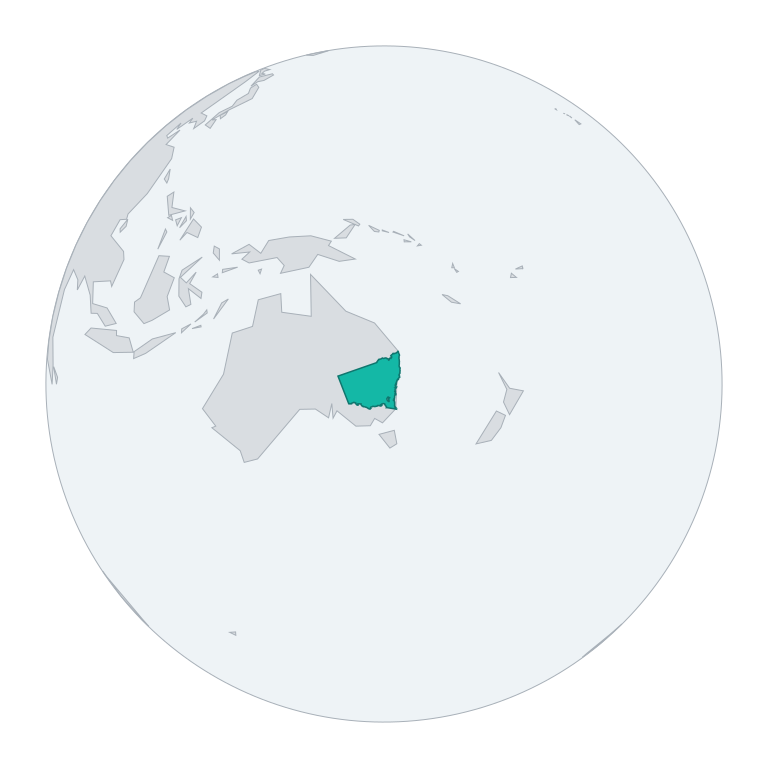 New South Wales on an orthographic globe, rotated 343°
{"feature_id": "AUS-2654", "entity_name": "New South Wales", "entity_type": "State", "adm_level": 1, "iso_a3": "AUS", "parent_name": "Australia", "parent_adm1": "", "projection": "orthographic", "projection_center": [149.115, -32.83], "detail": "fine", "context": "on_globe", "style": "filled", "palette": "teal", "viewbox_px": 768, "rotation_deg": 343, "n_neighbors": 0, "source": "natural_earth", "source_scale": "10m", "svg_char_len": 10256}
<svg xmlns="http://www.w3.org/2000/svg" viewBox="0 0 768 768"><g transform="rotate(343 384 384)"><circle cx="384" cy="384" r="338" fill="#eef3f6" stroke="#a8b0b8"/><path d="M550.7,311.5L550.7,314.0L550.3,314.2L550.7,311.5ZM516.3,694.9L509.0,697.9L512.9,696.2L514.9,695.2L512.5,695.9L527.8,689.1L541.0,683.2L541.4,683.0L516.3,694.9ZM646.5,193.0L643.7,187.1L648.3,192.8L646.5,193.0ZM640.1,182.3L641.5,184.6L639.9,182.4L640.1,182.3ZM637.7,180.0L639.4,181.7L637.6,180.3L637.7,180.0ZM634.6,177.5L636.2,178.6L634.6,177.5ZM629.1,172.2L627.7,170.7L628.9,171.1L629.1,172.2ZM499.6,700.7L525.2,690.2L512.0,696.0L509.5,697.6L493.7,703.3L499.6,700.7ZM427.9,48.9L427.8,49.1L412.4,49.1L405.9,46.8L406.6,46.8L427.9,48.9ZM348.3,48.0L336.8,49.5L352.3,47.9L356.1,48.4L339.9,54.4L288.4,71.4L293.0,75.8L289.3,79.9L276.7,84.1L281.6,77.9L274.1,77.5L278.9,73.9L260.3,79.9L266.2,75.1L248.9,82.9L249.0,85.6L263.2,81.5L245.6,91.3L252.5,96.2L246.8,106.4L213.3,132.7L188.9,146.6L186.0,151.2L179.7,149.7L166.2,162.4L173.7,181.1L171.7,189.0L152.1,211.1L152.6,205.4L135.9,201.3L128.9,221.9L141.4,230.3L145.6,247.8L134.3,247.2L130.5,232.7L124.6,230.7L129.0,213.1L129.4,193.3L118.2,204.4L121.7,194.9L120.6,183.9L106.0,200.3L81.0,242.5L73.1,269.1L66.5,287.3L69.4,261.9L75.9,245.3L87.0,222.7L99.9,201.1L114.2,180.5L130.1,161.0L147.4,142.7L166.0,125.8L185.8,110.3L206.7,96.3L228.6,83.9L251.3,73.2L274.8,64.2L298.9,57.0L323.5,51.5L348.3,48.0ZM163.9,576.4L169.6,577.7L168.8,581.0L163.9,576.4ZM60.2,480.5L61.6,485.1L84.3,538.3L88.3,547.1L83.9,539.4L70.7,510.5L60.2,480.5ZM216.6,274.9L226.0,274.3L225.8,275.9L216.6,274.9ZM206.7,272.1L217.0,270.1L205.3,275.8L206.7,272.1ZM221.1,269.4L231.7,264.5L236.2,261.3L235.7,264.4L221.1,269.4ZM199.9,274.0L165.1,285.0L152.0,286.5L154.5,280.0L175.6,273.2L199.9,274.0ZM153.5,280.3L134.3,274.8L112.5,249.2L120.2,244.8L143.9,254.6L142.3,259.5L153.8,265.4L153.5,280.3ZM202.2,237.0L200.6,250.5L180.8,255.3L172.1,256.1L166.1,241.9L169.4,232.7L176.3,230.4L206.3,195.5L216.1,199.2L206.2,212.5L214.5,221.1L202.2,237.0ZM73.2,270.8L73.8,282.2L70.7,288.5L73.2,270.8ZM220.8,175.1L207.1,188.9L220.3,171.9L220.8,175.1ZM230.0,160.6L229.7,165.7L225.7,161.7L230.0,160.6ZM183.5,157.8L176.1,161.7L177.0,158.4L187.2,151.5L183.5,157.8ZM242.4,115.9L238.0,124.8L235.1,128.3L233.8,123.7L242.4,115.9ZM483.6,442.7L491.0,449.5L483.0,460.0L470.2,469.3L454.5,468.2L483.6,442.7ZM370.9,447.0L364.5,430.7L380.3,431.3L378.8,444.9L370.9,447.0ZM493.0,436.2L499.9,425.1L496.9,406.5L502.9,424.8L515.3,431.3L495.1,450.0L493.0,436.2ZM296.0,383.6L241.2,418.7L227.4,418.1L227.0,405.8L206.6,375.5L210.8,375.1L203.2,354.5L233.4,327.7L253.8,290.9L275.1,290.5L288.4,266.7L311.7,267.4L307.2,285.5L334.2,298.0L345.8,257.7L368.8,303.2L392.8,322.9L407.2,356.7L388.1,411.1L371.2,420.7L365.0,414.2L358.7,419.9L344.8,416.1L331.2,395.9L325.3,401.8L328.4,387.4L321.1,400.1L311.1,387.9L296.0,383.6ZM465.7,315.4L470.8,318.2L480.7,329.7L472.4,325.5L465.7,315.4ZM538.2,315.3L541.8,320.8L536.1,319.2L538.2,315.3ZM550.3,314.2L543.3,312.5L550.7,311.5L550.3,314.2ZM485.0,294.3L488.1,298.1L486.2,298.5L485.0,294.3ZM482.8,292.6L484.9,288.8L485.3,293.5L482.8,292.6ZM456.3,261.7L458.8,260.1L460.3,262.2L456.3,261.7ZM240.0,272.0L252.5,259.0L260.0,257.2L240.0,272.0ZM451.7,256.0L444.9,254.0L445.3,251.9L451.7,256.0ZM451.5,250.8L450.5,247.4L455.6,255.9L451.5,250.8ZM437.8,240.8L446.6,248.2L437.0,241.3L437.8,240.8ZM433.1,240.6L427.1,237.0L427.4,236.2L433.1,240.6ZM371.4,235.4L393.1,256.1L377.0,253.6L358.5,240.7L346.3,250.4L317.4,247.9L323.2,241.5L318.7,231.8L290.4,228.8L284.6,223.1L294.2,218.5L276.3,215.0L295.8,211.0L304.4,223.0L315.7,213.1L336.4,215.7L357.4,220.9L375.4,232.0L371.4,235.4ZM297.0,238.4L300.5,238.3L297.7,242.3L297.0,238.4ZM415.7,227.8L424.4,235.7L423.5,237.1L419.4,235.3L415.7,227.8ZM379.3,230.2L398.2,222.1L403.0,223.0L390.6,233.2L379.3,230.2ZM393.1,214.7L402.4,217.4L407.6,224.1L405.8,225.4L393.1,214.7ZM257.0,230.0L256.4,233.6L251.5,231.5L257.0,230.0ZM263.2,227.2L278.2,229.5L261.9,230.3L263.2,227.2ZM220.5,222.5L224.5,229.5L237.1,222.1L227.5,231.2L236.7,243.0L234.0,248.7L224.8,235.6L222.6,251.4L217.1,252.3L213.5,240.0L218.7,223.5L224.2,216.1L247.3,209.5L220.5,222.5ZM262.8,217.5L259.0,208.8L262.0,202.5L266.1,206.7L262.8,217.5ZM248.7,189.5L239.9,181.5L230.8,186.8L250.1,170.5L255.3,180.6L248.7,189.5ZM242.8,170.1L234.2,174.8L243.7,165.9L242.8,170.1ZM232.5,172.2L232.7,166.1L238.9,165.7L232.5,172.2ZM247.0,169.7L250.4,158.9L252.6,164.5L247.0,169.7ZM232.8,153.2L244.4,160.3L227.5,159.7L231.6,141.1L239.2,139.0L232.8,153.2ZM305.1,82.5L305.9,79.2L314.1,77.8L311.2,80.4L305.1,82.5ZM341.4,72.5L316.5,76.5L296.7,81.2L300.7,82.1L292.5,88.7L288.8,84.0L305.8,76.3L320.1,74.0L326.3,69.6L339.3,66.5L342.8,62.0L349.8,60.1L351.0,63.7L341.4,72.5ZM343.8,60.3L354.6,54.0L368.0,54.7L368.7,56.2L358.0,58.6L351.6,58.0L343.8,60.3ZM361.1,52.9L355.0,52.6L357.9,47.8L361.9,47.2L366.7,49.9L361.2,49.9L358.1,51.3L361.1,52.9Z" fill="#d9dde1" stroke="#a8b0b8" stroke-width="1"/><path d="M406.8,356.9L406.9,357.1L407.1,357.1L407.2,357.6L407.0,359.0L407.1,359.5L407.3,359.9L407.3,360.3L407.2,360.5L407.2,361.1L406.5,361.9L406.3,362.4L406.3,362.8L406.1,362.9L405.8,363.5L405.7,363.8L405.8,364.2L405.8,364.4L405.8,364.6L405.6,365.2L405.5,366.0L405.3,366.4L405.4,366.7L405.3,366.9L405.2,367.4L404.9,367.9L404.8,368.5L404.5,369.2L404.5,369.4L404.4,369.6L403.9,370.6L403.6,372.0L403.7,372.6L403.8,372.9L403.9,373.0L404.0,372.9L404.1,373.2L403.9,373.5L403.8,373.8L403.9,374.0L403.5,374.5L403.4,375.0L403.4,375.5L403.1,375.9L403.1,376.0L403.2,376.3L402.7,376.9L402.7,377.1L402.7,377.3L402.4,377.7L402.5,377.9L402.2,378.2L402.1,378.4L402.2,378.5L401.5,379.1L401.1,379.6L401.2,379.8L401.0,380.0L400.9,380.3L401.2,380.7L401.0,381.0L401.1,381.3L400.9,381.8L401.0,382.0L400.3,382.2L399.8,382.6L399.8,382.8L399.5,382.9L399.3,383.2L399.2,383.3L399.4,383.4L399.0,383.2L398.6,383.4L398.8,383.6L399.3,383.6L399.2,383.8L398.8,384.0L398.6,383.9L398.2,384.0L397.7,384.3L397.3,384.5L397.0,385.0L397.0,385.3L396.6,385.5L396.4,386.3L396.1,386.6L396.1,386.9L395.8,387.1L396.0,386.8L395.8,386.7L395.5,386.9L395.6,387.1L395.6,387.3L395.7,387.1L395.8,387.3L395.5,387.7L395.5,388.0L395.4,388.0L395.0,388.3L394.7,388.4L394.5,388.2L394.4,388.3L394.4,388.5L394.5,388.5L394.4,388.7L394.5,388.7L394.8,388.5L394.7,388.9L394.9,388.6L394.9,388.8L394.8,389.2L394.7,389.4L394.8,389.5L394.7,390.0L394.4,390.2L394.5,390.3L394.6,390.2L394.6,390.6L394.4,391.0L394.2,390.8L394.0,391.0L393.7,391.0L393.9,391.2L394.0,391.1L394.3,391.1L394.0,391.3L393.9,391.5L394.1,391.5L393.3,392.2L393.0,392.5L392.8,392.9L392.8,393.1L392.7,393.6L392.8,393.8L392.5,394.2L392.4,394.0L392.2,394.2L392.7,394.5L392.3,395.6L392.1,395.7L391.9,396.0L392.0,396.3L391.9,396.4L392.1,396.5L392.0,396.8L392.4,397.0L392.3,397.3L392.2,397.5L392.0,397.3L392.1,397.2L392.1,396.9L391.6,397.0L391.5,397.3L391.7,397.6L391.3,397.7L391.2,398.0L390.9,398.1L390.9,398.3L390.7,398.5L390.6,398.8L390.6,399.0L390.2,399.6L390.2,400.1L389.6,401.1L389.3,401.0L389.2,401.1L389.3,401.2L389.4,401.7L389.1,401.9L388.9,402.1L389.0,402.5L388.9,403.1L388.7,403.0L388.9,403.4L388.8,403.7L388.9,404.2L388.9,404.3L388.9,404.6L388.5,405.1L388.6,405.4L388.5,405.7L388.5,406.0L388.2,406.7L388.1,407.2L387.8,407.6L387.7,408.0L387.9,408.3L387.8,408.6L387.9,409.0L387.6,409.2L387.7,409.3L387.9,409.3L388.2,409.5L388.2,409.9L388.4,410.2L388.1,410.1L387.9,410.3L388.0,410.6L387.9,411.0L388.1,411.5L379.8,407.4L379.3,407.3L379.7,406.7L379.7,406.3L379.7,406.2L379.4,406.0L379.4,405.7L379.3,405.4L379.0,405.1L379.1,404.7L378.8,404.1L378.9,403.7L378.6,403.4L378.7,403.1L378.4,403.0L378.3,402.8L377.3,402.4L376.6,402.7L376.4,402.5L376.2,402.4L375.9,402.5L375.7,402.6L375.6,402.8L375.5,403.2L375.4,403.1L374.8,403.2L374.6,403.0L374.3,403.4L374.4,403.8L374.5,403.9L374.9,404.1L374.5,404.2L374.1,403.8L374.1,403.4L373.9,403.3L373.7,403.5L373.3,403.3L373.2,403.4L373.0,403.2L372.8,403.2L372.4,403.1L372.1,402.8L371.7,402.8L371.5,402.7L371.4,402.8L371.2,402.8L370.9,403.2L370.3,403.1L370.2,403.1L369.4,403.0L369.1,403.0L368.9,402.7L368.1,402.8L367.9,402.7L367.1,402.1L366.7,402.0L366.1,402.3L365.9,402.3L365.4,402.2L364.4,402.3L364.2,402.5L364.2,402.8L364.1,403.1L364.3,403.4L364.3,403.5L363.9,403.5L363.5,403.9L363.2,403.9L362.9,403.6L362.5,403.5L362.0,402.9L361.8,402.9L361.6,402.7L361.2,401.9L360.9,401.7L360.5,401.4L360.4,401.3L360.0,400.8L359.5,400.7L359.4,400.5L359.0,400.3L358.4,399.9L357.8,399.8L357.4,399.6L357.4,399.4L357.5,399.3L357.4,399.0L357.2,398.8L356.8,398.8L356.6,398.6L356.3,398.2L356.1,397.3L356.1,397.1L356.1,396.9L356.2,396.4L355.8,396.4L355.7,396.1L355.1,395.8L354.6,395.8L354.4,395.7L354.3,395.8L354.1,395.7L353.8,395.8L353.7,395.5L353.4,395.3L353.1,395.4L352.9,395.9L352.9,396.2L352.6,396.2L352.7,396.5L352.3,396.4L352.1,396.3L352.1,396.1L351.8,395.7L351.4,395.1L351.3,394.5L351.4,394.0L351.4,393.9L351.1,394.0L350.9,393.8L350.7,393.6L350.5,393.1L350.3,393.1L350.1,393.0L349.8,393.0L349.6,392.7L348.6,392.9L348.1,392.8L347.9,392.8L347.6,393.1L347.3,393.5L347.2,393.5L347.0,393.2L346.8,393.2L346.4,393.1L346.1,393.2L345.7,392.8L345.4,392.9L345.1,392.7L344.7,392.8L344.5,392.5L342.3,363.0L383.3,361.4L383.7,361.1L383.9,360.5L384.3,360.4L384.8,359.9L385.6,359.6L385.9,359.0L386.5,358.9L386.6,359.1L387.0,359.2L387.3,359.1L388.7,359.1L389.4,358.8L389.9,358.8L390.1,358.7L390.9,359.4L391.8,359.5L392.7,359.4L393.4,359.7L393.6,359.9L394.0,360.0L394.1,360.5L394.6,360.6L395.2,361.1L395.3,361.5L395.3,362.1L395.5,362.3L395.5,362.5L395.9,362.5L396.2,362.1L396.4,361.9L396.4,361.6L396.6,361.3L397.1,361.1L397.5,360.9L397.7,361.3L398.0,361.5L398.2,361.1L398.5,361.2L399.0,361.0L399.1,360.5L399.2,360.1L399.3,359.9L398.9,359.5L398.9,359.2L398.7,359.0L398.8,358.9L399.8,358.3L400.2,358.3L400.5,358.1L401.0,358.0L401.1,357.9L401.2,357.6L401.5,357.4L401.7,357.5L401.8,357.7L401.9,357.8L402.1,357.8L402.2,357.6L402.4,357.7L402.9,358.0L403.1,358.0L403.5,357.8L403.9,357.9L404.7,358.0L405.0,357.7L405.9,357.4L406.0,357.5L406.8,356.9ZM385.1,398.9L385.3,398.9L385.4,398.7L384.6,398.4L384.6,398.2L384.4,398.1L384.3,397.8L384.1,397.6L382.5,398.7L382.3,399.7L382.4,400.2L382.4,400.6L382.4,400.8L382.5,401.0L382.8,401.1L383.0,401.7L383.1,402.0L383.7,402.2L383.9,401.9L384.0,401.0L383.9,400.4L384.1,400.2L384.2,399.8L384.1,399.6L384.1,399.4L384.4,399.0L384.6,399.1L384.8,398.9L385.1,398.9Z" fill="#14b8a6" stroke="#0f766e" stroke-width="1.5"/></g></svg>